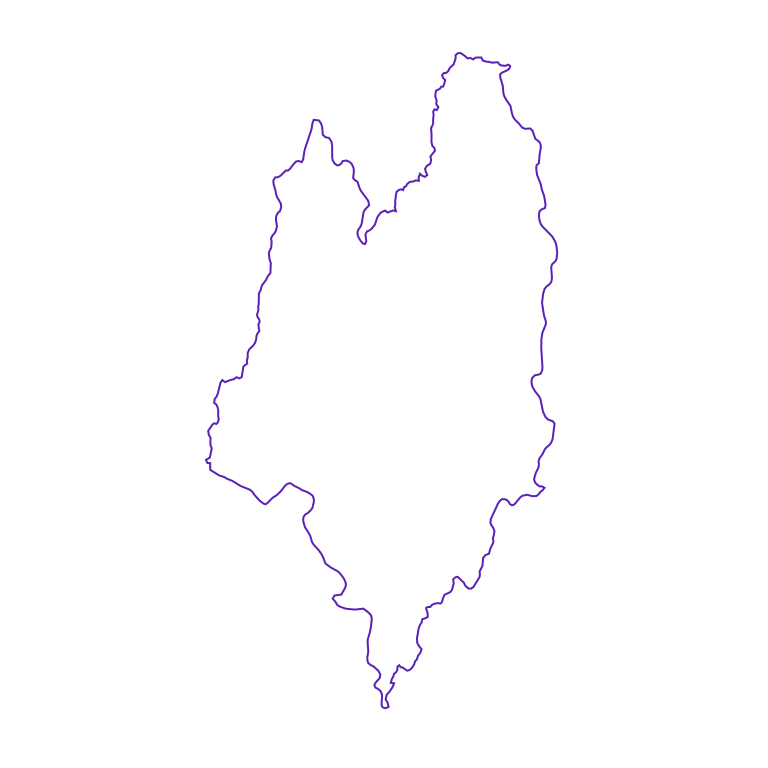 outline of Corinto, Minas Gerais, Brazil, rotated 175°
{"feature_id": "56859067B40902909569794", "entity_name": "Corinto", "entity_type": "district", "adm_level": 2, "iso_a3": "BRA", "parent_name": "Brazil", "parent_adm1": "Minas Gerais", "projection": "equal_earth", "projection_center": [-44.609, -18.312], "detail": "fine", "context": "isolated", "style": "outline", "palette": "violet", "viewbox_px": 768, "rotation_deg": 175, "n_neighbors": 0, "source": "geoboundaries", "source_scale": "gbopen_adm2", "svg_char_len": 6124}
<svg xmlns="http://www.w3.org/2000/svg" viewBox="0 0 768 768"><g transform="rotate(175 384 384)"><path d="M453.8,174.6L451.3,171.2L449.9,168.1L447.5,166.1L441.7,163.5L432.6,161.8L424.1,162.0L419.5,157.8L417.1,154.8L416.6,151.3L418.3,142.7L419.8,137.6L422.4,131.1L422.8,128.4L423.0,118.7L424.5,112.9L424.6,109.9L424.0,107.3L421.6,105.1L419.1,103.6L414.6,98.8L413.0,95.0L413.8,91.6L418.5,87.1L419.9,84.8L419.0,82.3L416.5,80.8L414.2,78.4L413.1,75.3L413.2,72.0L413.8,69.4L414.4,64.0L413.4,61.9L410.9,60.9L407.6,61.9L408.1,66.1L409.9,69.6L408.4,74.2L405.4,76.9L401.7,81.6L400.0,84.9L403.3,85.7L401.9,89.4L400.2,91.8L399.3,94.4L397.2,95.7L395.7,97.9L395.2,101.2L393.4,102.5L392.1,100.5L390.2,100.0L386.0,96.4L384.0,96.7L381.9,97.9L379.9,100.0L378.3,102.2L377.3,105.0L375.2,106.8L373.8,110.4L371.2,113.0L369.7,116.5L372.2,120.3L373.5,123.6L373.3,127.9L370.8,137.3L369.5,140.3L367.4,143.1L366.3,146.4L363.8,146.9L360.7,148.1L360.5,151.9L361.7,157.1L359.8,158.1L357.4,157.8L355.3,159.9L352.8,160.7L349.5,161.0L346.7,160.4L345.1,162.0L344.0,165.2L342.0,168.8L336.1,170.9L334.2,173.1L331.9,179.4L332.2,183.3L329.8,185.2L327.4,185.5L321.7,179.0L320.8,176.4L319.4,174.6L317.6,172.9L314.9,172.6L312.6,174.0L305.7,183.3L305.0,186.2L305.2,188.7L301.8,194.2L300.4,202.1L297.8,204.8L294.3,205.7L292.2,211.1L289.6,215.4L288.7,217.7L289.0,221.0L287.8,223.6L286.8,227.8L287.7,231.2L289.2,233.8L290.1,236.5L289.4,240.0L280.9,254.9L278.6,257.6L276.5,259.0L274.2,258.8L271.6,257.7L270.1,255.8L269.0,253.3L267.2,252.1L264.8,252.5L258.2,259.1L255.9,260.6L251.0,261.2L246.3,259.4L241.9,259.1L239.4,260.8L237.7,262.9L235.4,264.2L233.2,266.6L235.6,268.3L237.8,268.4L239.9,270.1L242.2,272.8L242.8,276.3L240.4,282.4L237.5,287.1L236.7,290.1L236.7,293.6L235.5,296.5L232.2,300.3L229.4,305.0L227.8,306.6L224.0,309.3L222.0,311.9L220.7,315.2L217.5,329.6L219.0,332.1L223.7,334.3L226.1,337.3L228.0,342.5L229.5,355.4L230.7,358.4L234.1,363.4L236.3,368.1L236.8,371.0L236.8,374.1L235.7,377.3L233.0,379.5L229.7,379.8L226.9,380.7L225.2,384.0L224.7,386.6L224.2,406.0L223.3,414.8L221.7,421.3L217.4,429.8L217.4,433.2L218.5,437.4L218.9,441.5L219.5,451.0L217.7,459.6L215.8,464.7L213.6,467.0L211.0,468.5L208.5,471.0L207.4,475.1L207.3,485.4L206.3,488.4L202.4,491.6L201.2,493.6L200.0,499.5L200.1,505.5L200.6,509.5L201.9,512.8L203.6,516.3L212.9,527.7L214.0,530.1L214.8,533.2L215.0,537.3L214.6,540.5L213.8,542.8L211.5,544.3L208.4,545.2L207.4,548.4L208.1,557.4L209.7,563.5L210.6,570.0L213.3,579.0L213.6,585.9L212.9,588.7L210.5,590.3L209.1,598.5L207.4,604.9L207.0,608.5L208.0,611.5L211.9,615.1L213.9,623.2L216.0,625.8L221.1,625.9L223.9,627.3L227.4,632.4L230.1,635.4L232.0,638.6L232.9,642.0L233.8,650.0L237.2,656.0L239.1,660.1L239.7,663.7L239.7,670.8L241.5,679.3L241.3,682.5L239.5,683.8L233.8,685.8L231.7,687.2L230.6,689.7L232.2,691.3L235.5,690.4L238.4,690.9L240.6,691.6L242.6,694.6L248.6,694.7L250.8,695.6L254.0,696.2L257.2,697.5L258.7,700.8L264.5,701.2L266.8,699.6L269.6,701.2L272.5,701.2L274.9,703.8L278.8,707.0L281.7,707.1L284.0,705.4L284.3,702.0L286.8,696.3L290.8,693.3L292.8,690.1L294.8,688.5L297.1,688.6L299.2,686.6L298.6,684.0L296.6,681.6L297.7,678.1L299.2,675.1L301.1,675.2L302.5,673.3L306.8,671.5L307.9,666.0L306.9,662.3L307.5,658.3L305.7,655.1L307.6,652.3L309.8,653.2L311.3,650.8L311.1,648.3L312.1,642.4L312.3,639.3L313.3,637.1L314.8,635.0L314.9,628.4L315.6,620.9L315.1,617.0L313.3,614.9L312.9,611.9L317.9,606.7L317.5,602.7L318.8,599.3L322.1,597.7L324.4,594.8L323.8,591.6L322.7,588.3L325.3,586.8L328.2,588.4L329.7,590.3L331.5,587.0L331.6,583.3L334.3,584.1L337.4,583.2L340.8,583.0L343.6,581.1L344.9,579.0L346.7,578.5L348.0,575.5L349.9,576.5L352.4,575.9L354.6,574.5L355.5,571.9L357.0,564.6L357.1,561.6L357.8,559.2L357.1,555.1L359.8,556.1L365.6,554.5L367.7,556.7L372.2,555.1L375.9,551.0L379.3,543.3L383.1,539.5L385.2,538.2L387.5,537.6L389.5,534.7L389.2,527.8L390.7,525.1L392.8,525.8L394.7,528.5L396.6,532.2L397.4,536.1L396.6,539.3L393.3,543.4L392.3,545.6L389.3,557.1L387.8,559.4L383.3,563.2L383.7,567.8L389.7,577.6L391.1,580.6L392.8,587.9L395.1,589.5L396.8,591.7L395.4,598.8L395.5,601.7L396.8,605.8L399.0,608.3L402.0,609.9L405.6,609.7L407.7,607.1L409.5,606.0L411.6,605.9L414.0,607.9L415.6,611.4L415.9,614.1L414.9,625.9L415.2,629.9L417.3,633.9L420.9,635.0L423.2,637.6L423.2,645.5L424.1,649.2L425.8,652.2L431.0,653.3L432.5,650.1L434.1,643.9L442.1,625.4L443.1,622.6L445.0,614.6L446.7,612.2L449.6,613.6L452.3,613.3L456.4,609.4L458.7,606.7L461.2,604.9L463.1,605.3L468.8,600.6L471.2,599.4L474.4,599.2L476.5,596.4L476.6,593.0L475.2,585.8L475.0,582.7L474.3,579.7L471.0,572.6L471.0,568.9L472.7,565.1L474.6,563.9L476.0,562.1L477.0,559.6L477.3,556.8L476.9,550.6L478.1,546.6L480.0,543.7L482.0,541.8L483.9,538.9L483.5,535.4L484.6,529.2L486.2,527.1L487.3,524.5L487.2,518.2L486.2,514.5L487.5,504.4L490.2,501.7L492.4,498.0L497.0,492.9L498.8,488.0L500.7,485.3L501.9,474.3L502.7,471.5L502.6,468.7L504.5,464.0L504.0,461.4L502.7,459.3L502.5,456.7L504.0,454.2L503.6,447.6L505.3,445.8L506.8,443.1L507.6,439.1L509.0,436.1L511.1,433.5L515.2,430.3L517.1,426.7L517.4,422.6L518.5,419.7L518.5,416.2L520.4,415.2L522.6,413.5L525.1,403.3L527.7,402.2L530.2,403.6L532.9,402.0L537.7,401.1L542.1,399.7L544.8,402.0L546.9,399.2L550.4,388.9L551.9,386.0L554.0,383.8L554.8,379.8L552.8,378.2L551.8,375.3L551.4,372.4L552.0,366.5L551.7,363.2L552.8,360.4L554.5,358.8L556.6,359.7L558.5,358.4L563.2,352.7L563.0,348.8L561.4,345.3L562.1,341.2L562.1,337.8L561.2,335.0L563.9,325.9L568.0,323.9L566.8,320.7L564.0,320.3L564.6,313.6L556.2,307.3L551.2,305.2L548.4,303.1L543.8,300.9L535.7,294.9L526.7,290.3L524.4,287.9L522.7,284.8L518.1,278.6L514.4,275.3L512.5,274.5L510.4,275.7L504.8,280.4L500.2,282.8L495.5,286.8L491.6,291.1L489.3,292.8L486.5,293.5L484.4,292.3L482.6,290.5L477.5,287.5L474.9,285.4L470.5,283.4L467.5,281.4L464.9,279.0L463.9,275.6L464.2,272.5L466.1,266.9L467.8,264.8L471.3,262.0L473.7,260.9L475.6,258.8L476.3,256.4L476.3,253.7L475.2,248.2L472.0,242.2L470.6,238.7L469.6,233.3L468.4,230.6L463.2,223.6L461.2,220.2L459.8,216.8L457.9,210.2L452.8,205.7L446.8,201.7L444.5,199.5L441.2,194.1L439.9,190.9L439.3,188.1L440.2,184.7L444.9,177.9L451.8,177.6L453.8,174.6Z" fill="none" stroke="#5b21b6" stroke-width="2"/></g></svg>